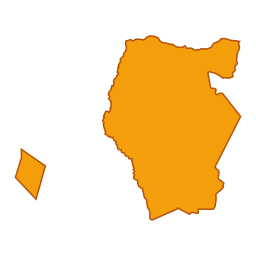 the district of San Manuel Colohete, Lempira, Honduras
{"feature_id": "27666195B44208219646971", "entity_name": "San Manuel Colohete", "entity_type": "district", "adm_level": 2, "iso_a3": "HND", "parent_name": "Honduras", "parent_adm1": "Lempira", "projection": "natural_earth1", "projection_center": [-88.691, 14.444], "detail": "fine", "context": "isolated", "style": "filled", "palette": "amber", "viewbox_px": 256, "rotation_deg": 0, "n_neighbors": 0, "source": "geoboundaries", "source_scale": "gbopen_adm2", "svg_char_len": 5824}
<svg xmlns="http://www.w3.org/2000/svg" viewBox="0 0 256 256"><path d="M125.6,41.5L125.7,43.2L125.6,43.8L126.0,45.4L126.3,46.8L126.4,48.2L126.3,49.1L126.1,49.8L125.5,50.8L124.7,52.4L123.7,53.5L123.6,55.2L123.2,56.4L122.8,56.8L120.6,58.8L120.2,59.2L120.2,59.7L120.5,60.9L120.5,61.3L120.2,61.8L119.8,63.0L119.0,64.0L118.7,64.6L118.6,65.1L118.9,66.7L118.5,67.2L118.1,67.1L117.9,67.2L118.0,68.6L117.6,70.6L117.4,71.5L117.1,71.8L117.2,72.1L118.3,73.1L118.6,73.4L118.6,73.6L118.4,73.9L118.0,74.3L117.5,74.9L116.9,75.3L116.7,75.9L116.3,77.4L116.1,78.0L115.7,78.3L114.4,78.9L114.0,79.6L113.6,80.5L113.5,81.1L113.9,82.8L113.8,83.2L113.8,84.1L113.4,86.0L113.2,86.3L112.2,85.5L111.9,85.7L111.6,86.6L111.3,88.4L110.9,89.4L110.5,90.2L110.0,91.0L108.9,92.2L108.8,92.5L108.9,92.8L108.9,93.1L108.4,94.0L108.3,94.4L108.5,94.8L108.9,95.4L109.5,96.0L109.7,96.7L109.7,97.0L109.5,97.4L108.6,98.4L108.6,98.6L109.9,100.3L111.0,101.3L111.2,101.7L111.1,101.9L110.8,101.9L110.7,102.2L110.7,102.5L111.1,103.9L111.0,105.9L111.0,106.5L111.2,107.1L110.9,107.9L110.0,108.1L110.6,109.5L110.3,110.7L110.1,110.9L109.8,110.9L109.7,111.0L108.9,112.6L108.7,112.6L108.4,112.2L108.1,111.5L107.6,111.3L106.9,111.2L106.3,111.3L105.8,111.5L105.5,111.9L103.8,115.7L103.6,116.3L103.6,116.6L103.8,116.8L104.1,116.9L104.5,116.9L104.5,117.1L103.7,117.9L103.4,119.5L103.2,119.8L102.8,120.1L102.7,120.4L102.7,120.9L102.9,121.5L104.1,123.0L103.4,124.0L103.4,124.3L103.8,126.5L104.2,127.8L104.3,128.5L104.5,128.9L104.9,129.2L105.0,130.6L105.7,132.1L105.5,132.6L105.1,133.0L105.3,134.4L106.1,134.7L106.8,134.7L107.0,134.8L108.2,136.6L108.8,136.6L109.5,136.3L110.0,136.4L110.5,137.6L112.7,137.4L113.2,137.4L113.3,137.6L113.2,138.2L113.2,138.6L113.7,139.9L114.7,140.8L115.5,141.3L115.9,141.4L116.1,141.6L116.1,141.9L115.8,142.7L115.8,143.2L116.3,144.5L117.0,145.3L117.4,146.0L117.5,148.3L117.7,148.7L118.3,149.3L119.0,149.6L119.6,149.8L121.2,149.9L121.3,150.1L121.2,150.7L121.3,151.5L121.4,151.9L121.6,152.2L122.3,152.6L124.3,153.2L124.9,154.2L125.5,155.6L125.9,156.0L126.3,156.2L128.0,156.6L128.4,156.7L128.7,157.4L128.9,158.4L129.2,158.9L129.8,159.0L130.6,158.7L131.1,158.7L131.8,158.8L132.2,159.1L132.2,159.9L131.8,160.7L131.8,161.5L132.2,162.3L132.5,163.1L132.7,163.9L132.6,164.8L132.7,165.3L133.2,165.8L133.2,166.6L133.4,167.1L134.0,167.8L134.2,168.3L134.1,168.5L134.0,168.8L133.7,169.1L133.2,169.4L133.1,169.9L134.4,171.2L134.5,171.5L134.5,171.8L134.3,172.1L133.2,173.1L134.2,174.4L134.5,175.3L134.4,175.6L134.0,175.8L133.8,176.1L133.7,177.0L133.7,178.3L134.1,178.6L135.6,179.7L137.1,180.1L137.6,180.5L137.7,181.1L137.5,182.8L138.2,184.2L138.3,185.2L138.5,185.9L139.4,186.7L140.4,187.8L142.3,188.6L142.8,188.9L142.8,189.2L142.6,189.8L142.6,190.4L143.2,191.9L143.6,194.1L144.1,196.5L144.5,197.4L145.2,198.5L145.6,199.0L146.2,199.3L146.5,199.8L146.8,201.2L146.8,203.2L147.4,206.0L147.5,207.1L147.9,207.9L149.2,210.1L149.8,211.7L150.0,213.0L149.9,214.8L150.2,216.1L149.8,217.3L149.7,218.2L149.9,218.6L150.7,219.2L151.8,219.8L152.0,220.0L177.1,209.1L177.5,208.0L189.6,214.3L190.0,213.8L190.9,212.9L191.5,212.5L192.3,212.4L194.0,212.6L196.2,213.3L197.0,213.4L197.4,213.4L197.9,213.2L198.3,212.7L198.4,211.9L198.2,209.2L211.0,209.2L211.7,209.3L212.8,209.2L213.5,208.9L214.4,207.9L215.2,205.7L215.4,203.8L215.9,201.5L216.1,197.2L215.9,195.9L215.9,194.8L216.1,194.2L216.6,193.5L217.4,192.6L218.7,191.6L219.9,190.9L220.5,190.4L221.9,188.6L223.0,187.6L223.3,187.2L223.0,185.5L223.1,185.1L223.6,184.1L223.8,183.4L223.6,182.7L223.0,182.3L222.3,182.1L220.8,180.5L220.0,180.3L219.1,179.5L218.4,178.5L218.2,177.9L218.4,176.8L218.4,175.9L219.0,173.0L219.0,172.2L218.9,171.8L218.5,170.8L218.2,170.3L217.8,169.9L216.6,169.1L216.2,168.6L215.8,167.8L215.0,166.9L240.6,116.5L222.3,93.2L221.1,93.5L220.1,93.2L219.8,93.2L219.3,93.4L218.7,93.5L217.8,94.5L217.5,94.7L217.3,94.7L216.7,94.5L216.2,94.2L215.9,93.9L215.6,93.5L215.5,93.0L215.5,91.9L216.1,90.4L216.0,89.7L215.7,89.2L215.1,88.7L214.4,88.4L213.6,88.3L212.5,88.5L211.4,88.1L210.5,87.5L207.9,72.7L208.7,72.1L209.4,71.8L209.9,71.7L212.5,72.6L214.6,73.0L215.2,73.3L216.1,74.0L217.6,74.7L218.3,75.1L218.9,75.2L219.2,75.6L219.9,75.9L220.5,76.3L221.1,77.1L222.9,78.1L224.3,77.7L226.1,77.9L230.4,77.9L230.7,77.7L231.4,77.1L232.6,76.9L233.0,76.7L233.1,76.2L232.6,75.1L232.5,74.7L232.6,74.0L232.8,73.2L233.1,72.5L234.7,70.9L235.2,70.3L235.3,70.0L235.3,69.7L235.0,68.9L234.8,68.0L234.9,67.2L235.0,66.5L235.2,66.2L237.2,63.7L237.2,62.8L236.7,61.2L236.6,60.1L236.6,58.5L236.9,56.4L236.9,55.6L237.0,54.9L237.4,54.1L237.6,52.4L237.9,51.6L238.3,50.6L238.8,49.8L239.4,48.8L239.5,47.5L239.3,46.3L238.9,44.4L238.7,43.2L238.7,42.6L239.0,41.8L239.4,41.4L238.5,41.3L237.0,40.9L236.0,40.8L233.9,40.7L231.9,40.4L230.7,40.4L228.0,39.3L224.3,38.5L222.2,38.6L220.9,38.9L220.1,39.8L219.4,40.8L218.9,41.2L216.6,42.3L215.5,42.7L214.5,42.9L213.9,43.3L213.3,43.9L212.7,44.6L211.5,47.0L211.2,47.3L210.7,47.6L206.6,49.0L206.0,48.9L205.4,48.7L204.8,49.0L204.1,49.2L202.7,48.7L201.7,48.7L200.7,48.9L200.0,49.4L199.2,49.7L196.7,49.8L194.9,50.4L194.6,50.2L193.8,49.6L192.5,48.6L191.5,48.2L190.5,48.1L189.1,48.2L187.9,48.3L186.8,48.2L186.4,48.0L186.2,47.9L186.0,47.6L185.4,46.1L185.0,45.9L184.5,45.9L182.7,47.2L179.8,47.5L179.0,47.2L177.0,46.9L176.0,46.7L175.2,46.2L174.2,45.3L173.5,45.0L172.5,44.3L170.9,44.7L170.5,44.3L167.8,43.6L167.0,43.1L164.4,43.1L163.1,42.8L161.6,42.1L159.8,40.8L159.6,40.5L158.5,38.5L158.1,38.0L157.7,37.6L155.8,36.9L152.8,36.0L150.3,36.0L149.2,36.1L148.2,36.7L147.6,36.8L147.0,37.1L146.6,37.5L146.0,38.2L145.0,39.1L144.2,39.6L143.3,39.9L142.8,39.9L142.0,39.6L141.0,39.4L136.0,39.2L135.5,39.3L134.0,40.4L133.2,40.8L132.8,40.9L132.5,40.8L132.0,40.5L131.4,39.9L130.8,39.7L129.7,39.9L127.7,40.6L126.6,40.7L126.1,41.0L125.6,41.5ZM21.3,149.3L21.5,157.6L15.4,177.3L36.0,199.2L45.4,166.0L21.3,149.3Z" fill="#f59e0b" stroke="#b45309" stroke-width="1.5"/></svg>